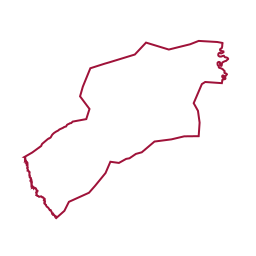 outline of Xishig-O'ndor, Bulgan, Mongolia, rotated 85°
{"feature_id": "93677404B24557728041379", "entity_name": "Xishig-O'ndor", "entity_type": "district", "adm_level": 2, "iso_a3": "MNG", "parent_name": "Mongolia", "parent_adm1": "Bulgan", "projection": "orthographic", "projection_center": [103.627, 48.211], "detail": "fine", "context": "isolated", "style": "outline", "palette": "rose", "viewbox_px": 256, "rotation_deg": 85, "n_neighbors": 0, "source": "geoboundaries", "source_scale": "gbopen_adm2", "svg_char_len": 5207}
<svg xmlns="http://www.w3.org/2000/svg" viewBox="0 0 256 256"><g transform="rotate(85 128 128)"><path d="M142.3,58.3L128.9,56.2L117.0,56.8L109.0,60.4L90.7,50.6L88.9,47.1L91.5,30.6L89.0,29.9L88.8,30.0L88.6,30.0L88.2,29.7L87.9,28.8L87.8,27.7L87.8,27.3L87.6,26.9L87.4,26.7L87.1,26.6L86.6,26.6L86.1,26.9L86.0,27.0L86.0,27.3L86.1,27.5L86.2,28.1L86.2,28.8L86.1,29.1L86.0,29.3L85.4,29.6L85.0,29.7L84.4,29.6L84.0,29.2L83.9,28.8L84.0,28.6L84.1,28.4L84.4,28.0L84.8,27.3L84.8,27.0L84.7,26.4L84.6,26.1L83.4,25.0L83.2,24.8L82.7,25.0L82.1,25.9L81.9,26.4L81.7,26.9L81.4,27.1L80.9,27.1L80.1,26.8L79.5,26.9L78.9,27.6L78.0,28.2L77.0,29.5L76.6,30.2L76.5,30.5L76.1,31.5L75.8,32.0L75.6,32.2L74.5,32.2L73.4,32.9L73.1,33.1L72.6,33.2L71.7,33.2L70.9,33.1L70.3,32.5L70.2,32.2L70.1,31.6L70.3,31.1L70.5,30.8L71.0,30.6L72.1,30.8L73.0,30.7L74.1,30.1L74.2,29.9L74.2,29.5L73.8,29.2L71.7,28.7L70.9,28.2L70.1,26.3L69.8,25.3L69.7,24.5L68.7,23.2L68.1,22.3L67.9,22.2L67.6,22.3L66.9,22.7L66.4,23.6L66.0,25.0L65.8,25.4L65.4,25.7L64.7,26.0L64.4,26.2L64.4,26.4L64.4,27.0L64.7,28.1L64.9,28.5L64.9,30.0L64.8,30.4L64.4,31.1L64.0,31.5L63.6,31.7L62.9,31.7L62.3,31.6L61.7,31.3L61.2,30.6L61.1,30.3L61.1,29.8L61.7,29.1L61.7,28.9L61.8,28.7L61.6,28.0L61.3,27.1L60.8,26.3L60.7,26.2L60.0,26.3L59.9,26.7L59.3,28.4L59.2,28.8L58.9,29.1L58.6,29.4L58.1,29.5L57.6,29.4L57.4,29.2L57.0,28.7L57.0,28.2L56.7,27.8L56.0,27.4L54.7,27.0L54.2,26.9L53.3,26.9L52.3,26.5L51.5,26.5L50.1,31.6L47.4,50.0L50.0,58.8L53.4,80.5L44.5,102.6L55.4,114.8L61.0,141.1L61.9,145.7L65.2,160.3L82.9,169.4L92.3,173.0L105.7,164.7L115.5,168.8L116.8,182.5L117.6,183.5L118.1,184.1L118.2,184.5L118.2,185.4L118.7,186.4L118.9,187.0L119.0,187.3L119.2,187.8L119.5,188.4L121.1,189.6L121.2,190.4L121.6,191.8L121.7,192.0L122.0,192.3L122.1,192.7L122.5,193.7L123.5,196.5L124.4,197.7L125.4,200.1L126.7,202.4L128.1,204.1L130.7,205.9L131.5,207.4L131.6,207.7L131.5,207.9L132.2,209.1L136.3,214.9L137.2,215.5L138.3,216.0L144.1,225.6L147.9,233.8L148.0,233.5L148.3,233.6L148.8,233.2L148.9,232.9L149.1,232.9L149.3,232.9L149.7,233.3L149.9,233.4L150.5,233.3L150.9,233.4L151.1,233.1L151.4,233.2L151.2,232.9L151.2,232.6L151.4,232.5L152.0,232.5L152.1,232.9L152.3,232.9L152.2,232.8L152.3,232.6L152.6,232.5L152.7,232.8L152.7,232.3L152.6,232.1L152.8,231.9L153.3,231.5L154.0,231.4L154.1,231.2L154.3,231.2L154.7,231.5L154.6,231.8L155.1,231.9L155.1,232.2L155.6,231.9L156.1,232.0L156.1,231.9L155.9,231.6L155.9,231.3L156.2,231.3L156.4,231.3L156.9,231.6L157.1,231.6L158.4,231.3L158.6,231.3L158.8,231.5L158.7,231.8L158.8,231.9L159.0,231.9L159.7,231.9L160.3,231.4L161.3,231.3L161.6,231.4L161.8,231.6L162.1,231.0L162.4,230.8L162.5,230.5L162.8,230.4L163.0,230.5L163.3,230.3L163.2,230.0L163.3,229.9L163.6,229.9L163.8,230.1L164.0,230.0L164.4,230.2L165.6,230.1L165.8,230.2L166.0,230.4L166.4,230.4L166.7,230.1L166.9,230.0L167.0,230.1L167.3,230.3L167.9,230.0L168.0,230.0L168.3,230.0L168.5,230.1L169.0,229.4L169.3,229.6L169.8,229.2L170.1,229.0L170.3,229.0L170.9,229.3L171.0,229.2L171.3,228.8L171.6,228.9L171.7,229.0L171.4,229.5L171.5,229.6L171.8,229.8L172.0,229.8L172.1,229.7L171.9,229.4L171.9,229.2L172.2,229.2L172.4,229.4L172.5,229.2L172.4,228.8L172.4,228.7L172.6,228.7L173.0,229.0L173.2,228.9L173.3,228.5L173.5,228.4L173.8,228.5L174.2,229.1L174.6,228.8L174.7,228.7L174.9,228.7L175.4,228.9L176.0,228.8L175.9,229.1L176.0,229.1L176.6,229.2L177.0,229.0L177.6,229.2L178.1,229.3L178.4,228.8L178.2,228.6L178.4,228.2L178.5,228.2L178.7,228.3L178.6,228.1L178.5,227.8L178.3,227.7L178.7,227.4L179.3,227.6L179.5,227.5L179.2,227.4L179.1,227.2L179.4,227.1L179.3,226.8L179.3,226.5L179.4,226.4L179.5,226.3L179.7,226.5L179.8,226.7L179.9,226.4L179.8,226.2L179.5,226.1L179.6,225.8L180.1,225.1L180.3,225.0L180.6,225.2L180.9,224.9L181.1,224.7L181.7,224.5L182.4,224.5L182.5,224.3L182.5,223.8L182.6,223.6L182.8,223.6L183.2,224.0L183.4,223.9L183.5,223.9L183.8,224.4L184.0,224.5L184.3,224.6L184.4,224.9L184.3,225.1L184.5,225.2L184.9,225.0L185.2,224.8L186.0,224.7L186.6,225.1L186.8,225.2L187.0,224.7L187.4,224.3L187.8,224.2L187.9,223.6L188.0,223.3L188.7,222.7L188.6,222.3L188.8,221.9L188.6,221.1L188.5,220.5L188.6,220.3L189.0,220.0L189.2,219.7L189.4,219.5L189.6,219.5L189.7,219.4L189.5,219.0L189.6,218.8L190.5,218.0L190.8,218.0L191.1,218.4L190.9,217.7L191.1,217.4L191.3,217.5L191.5,217.6L191.5,217.4L191.7,217.2L192.3,217.3L192.5,217.2L193.1,217.3L193.2,217.6L193.3,217.5L193.2,217.3L193.2,217.2L193.5,217.2L194.2,217.1L194.6,217.2L194.7,217.4L194.7,217.6L195.0,217.6L195.2,217.9L195.9,217.9L196.3,217.5L196.2,217.4L196.4,217.2L197.0,217.0L197.4,216.4L198.0,216.4L199.3,215.8L199.5,215.4L200.5,214.4L201.7,213.7L203.0,213.1L203.0,212.9L202.9,212.8L202.8,212.7L202.9,212.4L203.3,212.3L203.3,212.1L203.7,212.0L204.9,211.4L205.2,211.4L205.9,211.2L206.2,210.9L206.6,211.0L206.6,210.8L206.6,210.7L206.8,210.4L206.7,210.3L206.7,210.2L207.6,210.2L207.5,209.9L207.5,209.7L207.8,209.5L208.2,209.7L208.3,209.6L208.4,209.2L208.6,208.9L208.9,208.6L209.7,208.5L209.6,208.2L209.6,207.7L209.9,207.4L210.3,207.1L211.0,207.2L211.4,207.5L211.5,207.4L205.0,198.6L196.4,193.3L189.1,172.5L182.7,165.8L170.9,154.3L160.1,148.5L162.0,140.1L158.6,132.5L158.3,129.2L154.5,122.4L153.4,116.4L143.8,102.8L143.1,85.7L141.2,72.7L142.3,58.3Z" fill="none" stroke="#9f1239" stroke-width="2"/></g></svg>